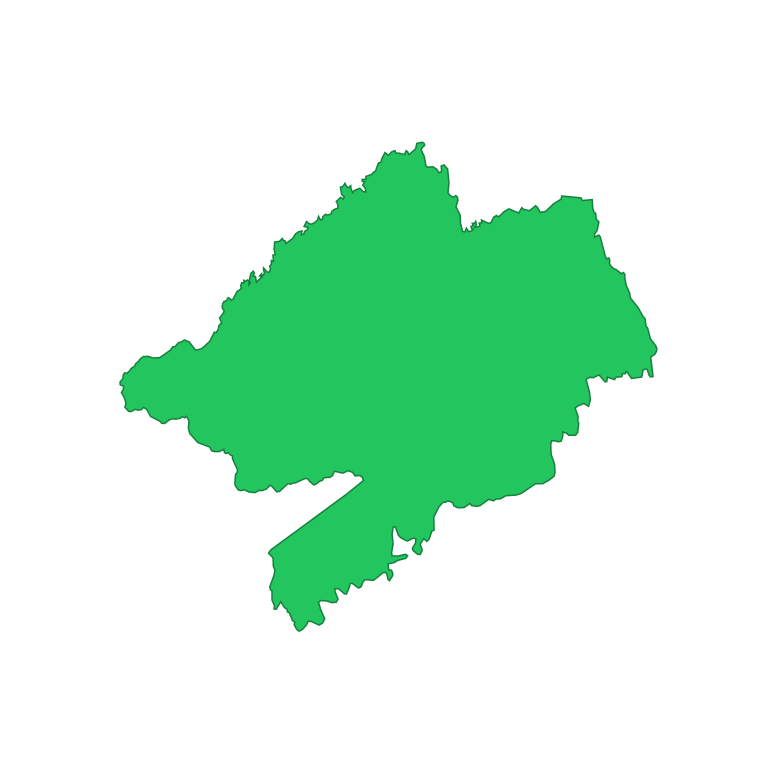 Tibagi, Paraná, Brazil (Equal Earth projection), rotated 27°
{"feature_id": "56859067B71832122633341", "entity_name": "Tibagi", "entity_type": "district", "adm_level": 2, "iso_a3": "BRA", "parent_name": "Brazil", "parent_adm1": "Paraná", "projection": "equal_earth", "projection_center": [-50.488, -24.685], "detail": "fine", "context": "isolated", "style": "filled", "palette": "green", "viewbox_px": 768, "rotation_deg": 27, "n_neighbors": 0, "source": "geoboundaries", "source_scale": "gbopen_adm2", "svg_char_len": 6172}
<svg xmlns="http://www.w3.org/2000/svg" viewBox="0 0 768 768"><g transform="rotate(27 384 384)"><path d="M524.8,448.7L529.6,439.3L534.6,438.4L536.0,435.8L539.9,433.4L543.2,428.3L552.1,423.0L555.9,419.3L564.3,404.1L570.7,400.8L575.0,394.3L577.4,388.9L576.6,385.4L572.5,378.2L565.0,370.9L563.0,367.6L559.8,361.6L559.1,358.5L562.0,357.0L565.3,356.5L567.8,354.6L567.1,349.7L565.1,345.5L569.6,345.0L571.8,345.9L577.9,342.7L578.6,339.4L575.4,330.7L573.4,328.8L571.6,324.7L565.2,318.7L566.5,315.9L570.8,310.7L576.4,311.0L575.1,304.5L571.1,298.4L562.0,288.1L564.2,284.7L567.3,283.6L571.5,278.3L579.8,281.7L581.4,280.8L580.0,276.5L587.4,275.5L587.7,272.5L592.6,269.5L591.7,266.5L594.4,265.2L593.8,263.0L595.5,263.2L602.0,266.7L610.5,260.8L608.5,253.9L609.9,252.1L611.8,251.5L616.3,255.9L618.0,256.7L620.4,255.3L609.4,238.9L611.7,234.9L612.0,231.7L611.2,228.8L608.8,226.6L600.9,222.8L593.5,214.5L591.1,213.4L587.0,207.3L584.0,206.2L575.5,200.4L564.6,195.6L561.4,191.3L555.1,186.2L550.0,179.7L548.9,177.0L546.7,176.0L545.5,177.9L538.7,176.6L536.2,177.0L532.3,175.7L530.3,174.5L528.8,170.9L527.1,169.6L525.7,171.4L523.6,170.2L510.1,154.9L507.8,153.8L505.1,157.4L503.6,155.0L504.2,150.5L501.9,142.0L498.2,140.8L495.2,135.9L493.0,135.5L490.1,132.6L485.9,125.2L477.4,130.5L475.1,128.7L457.0,135.8L457.9,138.9L453.3,146.4L449.6,156.9L445.3,160.1L440.3,156.9L438.1,156.4L435.0,163.5L429.4,164.9L426.7,164.4L426.4,170.5L415.8,171.2L412.6,176.2L411.0,181.4L409.6,183.3L407.8,182.7L406.0,185.6L406.0,191.6L404.3,193.4L396.4,193.6L398.0,195.9L395.7,197.4L397.8,199.7L393.8,203.2L394.0,200.2L391.9,197.4L391.6,200.0L389.7,200.7L391.3,202.3L390.0,204.2L391.5,205.9L393.3,206.2L392.0,208.5L390.0,209.8L386.7,207.7L387.1,211.7L384.7,212.4L378.9,205.6L375.4,199.1L367.7,193.5L366.5,186.9L364.6,184.1L362.4,183.5L360.9,186.1L357.6,186.1L354.2,184.6L350.6,175.4L343.1,163.6L338.1,161.5L336.0,163.8L338.9,168.7L337.2,170.8L333.4,168.7L329.0,168.2L324.6,171.0L322.5,170.7L316.6,163.1L310.9,158.5L310.7,156.1L311.9,152.8L310.3,151.3L308.2,151.3L304.0,154.7L305.4,160.1L302.1,168.4L299.5,166.3L297.7,166.1L298.2,170.2L291.9,171.7L289.9,173.0L287.8,171.1L285.6,173.4L284.1,178.1L279.8,177.3L279.8,184.7L280.7,187.5L278.7,189.6L279.8,198.3L278.4,200.3L278.0,202.7L273.7,207.2L275.0,209.9L271.7,211.5L272.6,213.4L274.9,212.5L274.8,216.6L278.3,218.0L280.6,221.1L278.1,222.1L273.6,220.6L269.6,225.2L269.3,227.8L266.1,225.2L264.3,222.4L263.2,225.2L260.9,224.9L258.1,222.9L257.8,226.3L255.8,228.5L260.2,234.3L263.9,235.5L263.5,237.8L260.7,237.3L258.6,243.1L260.4,244.1L263.2,248.0L260.4,251.1L259.1,254.0L259.7,256.4L257.3,258.9L254.8,259.4L253.6,262.7L254.3,265.1L252.9,266.7L249.6,264.4L250.3,268.1L249.1,271.5L246.9,274.4L244.6,275.2L241.2,274.4L241.3,280.0L245.3,279.0L245.6,281.5L244.0,284.0L244.5,286.9L242.6,288.5L241.5,284.9L238.7,287.2L237.1,290.3L236.5,296.0L232.7,303.4L230.9,301.4L229.0,301.7L227.3,300.5L226.1,304.4L222.1,307.1L224.9,313.8L228.3,318.2L226.5,319.6L229.9,325.0L227.6,325.1L229.3,328.5L228.6,330.9L230.7,333.1L230.9,336.6L228.7,337.2L224.0,335.3L225.1,337.5L227.2,339.3L226.6,344.3L224.1,351.2L220.7,346.6L218.4,347.3L218.2,344.0L216.3,342.8L215.2,345.9L217.2,353.7L215.0,353.3L214.1,355.3L212.1,355.2L213.2,357.4L211.2,358.5L211.8,361.9L213.4,363.0L212.5,366.2L211.1,368.0L211.0,376.9L209.6,378.8L208.0,377.8L205.9,377.8L205.9,381.3L204.1,382.9L203.8,385.7L204.6,388.4L206.1,390.3L207.8,390.6L208.7,392.8L207.5,399.8L211.6,403.3L210.4,406.9L211.5,410.6L211.1,414.5L209.3,414.8L209.3,425.2L206.8,432.2L205.3,435.5L201.4,439.0L199.4,438.8L191.3,434.9L186.2,435.4L183.9,439.2L182.1,440.3L180.8,445.7L178.8,446.9L178.3,450.8L172.3,462.2L166.5,465.7L161.4,466.4L157.1,468.8L155.3,472.5L155.0,475.2L153.5,478.7L153.7,481.4L151.6,485.0L151.4,487.6L150.1,491.1L147.8,491.8L147.6,494.5L148.9,497.7L147.9,502.2L149.4,504.5L153.1,504.2L154.3,507.9L153.8,510.7L159.4,514.6L162.9,518.5L163.6,522.3L168.9,524.3L171.1,523.5L174.1,519.3L176.8,519.0L179.3,517.3L180.3,514.0L184.1,514.3L190.8,518.9L201.1,518.9L203.9,519.9L206.6,518.7L208.8,513.8L210.8,511.4L214.3,509.9L217.9,507.1L219.1,504.7L221.7,504.7L222.8,502.4L227.1,505.6L229.7,512.1L233.4,516.3L244.7,520.7L257.2,519.3L260.8,521.8L263.6,521.2L268.0,518.9L270.9,514.8L272.4,517.0L274.3,517.9L276.7,515.8L278.9,516.9L281.7,516.9L282.8,519.3L292.5,527.0L293.3,529.4L292.7,531.7L296.3,540.4L298.0,542.3L302.2,544.5L304.9,544.0L307.5,541.7L312.4,541.6L318.3,539.4L320.9,535.6L323.3,534.7L326.9,531.0L328.3,526.2L330.1,525.9L337.5,528.8L339.7,527.1L343.6,516.4L346.1,515.8L348.0,513.4L349.8,512.5L356.6,504.0L359.3,503.0L361.9,504.6L367.3,505.8L369.2,503.6L370.8,499.8L372.8,497.9L373.1,494.7L378.2,491.7L379.7,489.1L379.5,484.2L387.8,482.1L391.5,477.5L396.3,477.0L399.9,479.1L403.9,476.5L407.0,476.9L409.5,479.4L400.7,499.1L358.4,583.3L357.9,587.2L364.1,589.3L368.3,596.9L371.4,599.4L372.9,604.9L374.3,616.7L376.4,619.0L378.1,619.2L382.3,627.3L387.0,631.2L388.1,634.4L390.3,633.6L390.8,624.9L396.8,628.4L399.8,628.7L401.4,630.9L403.7,630.9L409.9,636.4L412.5,636.5L413.2,639.2L414.9,640.4L417.8,642.3L420.5,642.8L422.8,639.8L424.2,634.2L424.3,629.7L427.1,628.6L435.5,628.3L437.8,625.1L437.8,620.2L429.6,613.4L424.8,608.2L425.9,605.7L430.9,603.5L437.0,602.4L440.6,600.0L440.6,596.4L434.5,591.1L433.3,588.7L436.6,587.1L444.0,588.9L445.8,588.2L445.5,581.6L444.5,577.2L446.0,576.0L454.0,577.4L455.7,574.9L455.1,570.3L455.8,567.0L463.9,563.6L469.0,552.2L470.7,551.3L472.7,551.9L476.4,556.4L478.2,556.8L478.7,550.7L477.5,548.5L475.1,546.5L472.7,547.5L469.3,542.4L474.4,538.3L476.3,535.0L482.6,529.4L483.0,526.2L480.2,526.1L474.8,530.8L469.3,533.5L467.4,531.0L464.7,522.3L459.3,514.0L457.1,507.1L459.1,506.2L465.6,512.3L468.5,513.3L474.5,513.5L476.3,513.2L480.1,508.0L482.6,507.4L484.3,511.4L483.9,517.5L485.4,519.2L491.2,520.5L493.8,519.4L493.5,514.5L489.0,510.4L489.6,503.6L493.5,504.9L494.7,501.9L493.4,493.4L495.0,491.6L488.8,480.0L488.7,468.6L490.4,462.3L492.5,461.5L493.8,459.5L495.7,458.7L499.1,458.6L501.7,460.9L506.2,460.7L511.5,457.7L514.8,451.4L517.3,452.6L522.7,450.6L524.8,448.7ZM217.2,353.7L219.3,354.6L218.6,357.0L217.2,353.7ZM226.6,344.3L224.9,341.4L224.2,344.3L226.6,344.3Z" fill="#22c55e" stroke="#15803d" stroke-width="1.5"/></g></svg>